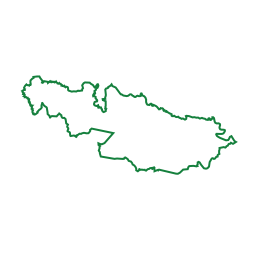 Baba, Los Rios, Ecuador (Albers equal-area conic projection), rotated 276°
{"feature_id": "8360857B87551033662534", "entity_name": "Baba", "entity_type": "district", "adm_level": 2, "iso_a3": "ECU", "parent_name": "Ecuador", "parent_adm1": "Los Rios", "projection": "albers", "projection_center": [-79.637, -1.673], "detail": "fine", "context": "isolated", "style": "outline", "palette": "green", "viewbox_px": 256, "rotation_deg": 276, "n_neighbors": 0, "source": "geoboundaries", "source_scale": "gbopen_adm2", "svg_char_len": 5859}
<svg xmlns="http://www.w3.org/2000/svg" viewBox="0 0 256 256"><g transform="rotate(276 128 128)"><path d="M158.9,21.1L157.1,20.4L156.1,20.9L155.9,21.3L155.6,21.1L155.1,21.3L154.8,20.1L154.1,19.6L154.0,19.3L153.7,19.4L153.6,19.2L153.4,19.5L152.5,19.5L152.2,19.9L151.2,20.2L151.3,20.5L150.8,20.3L150.9,21.1L150.3,21.1L150.1,21.8L149.1,21.7L148.8,21.9L148.6,21.6L148.4,22.4L147.8,22.3L148.0,23.7L147.2,24.6L147.4,25.0L146.8,25.2L146.9,25.9L146.4,26.6L145.9,26.2L145.4,26.6L144.9,26.3L144.0,26.5L144.1,27.2L143.4,27.7L142.7,27.2L142.1,27.9L141.0,28.2L141.0,28.6L140.4,28.5L139.9,28.8L139.8,29.1L140.3,29.8L140.3,30.4L139.5,29.7L138.8,30.4L138.1,30.1L137.3,30.2L137.0,30.9L136.7,30.5L136.4,31.0L135.8,31.0L135.5,31.6L134.0,31.2L132.9,31.8L132.7,32.5L132.1,32.2L131.8,32.4L131.6,33.9L132.6,35.3L133.8,36.5L134.4,36.1L136.9,37.9L137.6,38.9L139.2,40.0L139.8,40.1L140.7,39.6L141.9,39.7L143.1,40.1L144.5,39.8L141.9,41.8L141.1,42.8L140.2,44.6L139.7,45.1L135.0,46.4L133.5,46.6L131.9,48.6L130.3,49.3L130.3,49.5L131.5,50.3L131.9,51.2L132.1,55.8L134.0,57.1L134.3,57.7L135.2,58.1L133.7,60.4L132.5,60.6L131.4,61.5L131.2,62.1L131.4,63.6L130.3,65.0L126.1,66.1L125.1,67.9L123.4,67.4L122.8,67.4L121.5,68.6L120.8,68.7L119.1,68.2L118.4,68.3L117.7,70.4L117.3,70.7L114.3,71.4L114.0,71.8L114.9,75.0L114.6,75.9L114.8,76.9L114.2,77.3L114.0,76.9L113.7,77.4L114.0,77.7L115.7,78.2L115.8,78.8L117.2,80.3L117.3,82.0L117.9,82.8L118.6,84.7L118.4,87.5L118.7,89.2L119.8,90.0L121.1,90.7L122.1,90.5L123.6,91.9L121.4,113.9L110.5,106.2L109.2,103.9L109.1,102.1L109.7,100.2L108.0,100.5L107.1,102.1L106.6,101.7L104.6,101.8L102.5,101.3L101.0,102.5L99.7,102.7L96.8,103.9L95.9,117.8L96.5,120.3L96.7,126.3L96.9,126.4L97.1,127.4L98.1,127.7L98.4,128.5L97.0,131.0L95.4,132.1L94.9,134.5L93.5,135.8L92.2,136.4L91.4,138.2L89.7,139.8L88.2,140.5L86.8,140.6L86.0,142.3L87.2,143.5L88.1,143.4L88.3,143.7L87.7,145.1L88.1,146.2L87.9,147.2L88.2,149.0L87.8,149.3L87.5,150.4L89.0,151.8L89.6,153.4L90.4,154.2L90.8,156.1L90.0,156.2L89.9,156.5L91.2,157.2L91.6,158.1L91.2,158.5L89.8,158.4L89.1,158.8L87.8,158.9L89.3,161.8L89.0,162.4L89.6,162.7L89.8,163.3L87.6,180.6L87.7,182.4L89.0,184.3L92.4,187.2L93.3,191.7L95.4,192.1L96.5,192.9L97.2,197.0L97.0,200.1L97.3,200.8L97.6,200.4L98.3,200.6L98.8,201.1L101.1,200.9L101.7,201.8L101.2,202.9L99.1,204.5L95.9,207.7L95.7,209.3L95.9,210.5L96.5,211.4L98.1,212.6L102.7,212.8L106.2,214.4L106.6,214.8L106.8,215.5L106.2,216.7L106.8,217.8L108.3,218.6L109.0,220.1L110.0,219.9L110.6,220.1L111.8,221.6L112.8,221.2L114.9,221.0L116.0,221.3L117.7,221.1L119.0,225.2L118.7,226.8L119.2,227.4L120.1,227.8L120.9,229.1L122.4,229.7L122.8,230.1L122.9,231.1L124.1,231.9L123.3,233.7L123.3,234.2L125.4,236.8L126.0,235.5L126.7,234.8L130.7,231.7L129.8,230.3L127.7,229.6L126.5,228.9L126.0,226.8L127.7,220.8L128.6,218.7L129.5,217.2L130.8,216.4L131.4,216.6L131.9,221.9L132.3,223.0L132.8,223.6L134.7,224.6L135.9,224.6L136.3,223.5L136.1,221.0L136.4,219.8L137.4,219.1L138.4,218.9L140.5,219.3L141.5,219.0L142.1,217.7L141.8,215.8L142.3,214.3L143.5,213.5L146.8,212.5L147.6,211.5L147.5,210.8L146.1,211.0L145.7,210.2L144.7,209.6L144.6,209.1L145.9,208.3L146.2,207.6L145.8,207.0L144.6,207.1L144.4,206.6L144.5,204.7L145.2,203.7L145.4,201.7L145.8,200.5L144.9,198.5L145.7,196.6L145.4,195.0L145.7,192.8L145.3,191.1L146.2,187.4L146.2,184.8L145.9,184.3L144.6,185.0L143.1,184.9L142.3,183.8L143.2,181.6L142.7,180.2L143.3,179.3L143.5,178.0L144.5,176.8L144.0,175.7L144.0,174.5L145.0,172.6L144.6,172.1L144.4,170.7L144.9,170.0L146.2,170.0L146.7,168.8L146.7,168.2L147.8,166.0L148.1,164.3L148.7,164.7L148.9,164.5L148.5,163.7L149.0,162.9L148.9,162.1L149.6,162.2L149.6,161.3L150.7,161.0L151.2,160.2L151.0,159.2L151.2,158.4L150.0,157.7L149.8,156.9L152.0,154.7L152.7,153.6L153.6,151.2L152.6,150.5L152.7,149.7L153.5,149.0L154.1,149.3L154.6,148.4L154.3,147.7L153.1,146.8L153.2,144.9L154.0,144.1L155.7,143.3L158.4,143.0L159.2,142.5L160.0,142.2L161.3,140.8L161.4,140.1L162.2,138.7L163.7,138.0L163.8,137.5L162.9,137.0L161.9,137.8L161.4,137.6L161.0,136.8L160.8,135.3L161.1,134.1L160.7,133.3L159.7,132.3L159.6,131.1L160.4,130.1L160.6,129.1L161.6,128.0L161.8,127.3L161.6,126.4L160.2,125.0L159.6,123.5L159.8,120.0L160.8,118.1L160.7,117.5L161.3,116.7L167.0,111.5L168.1,108.1L169.7,107.1L168.2,106.1L166.6,104.0L166.1,104.1L165.6,103.7L164.9,102.0L163.8,101.4L158.7,102.5L157.6,102.5L155.9,102.1L154.6,102.4L154.1,99.8L153.1,100.1L152.3,103.0L147.7,103.5L146.9,103.3L146.2,103.6L145.2,103.2L144.7,103.4L144.6,104.3L143.7,104.0L142.5,104.1L141.3,102.2L141.8,101.1L143.0,100.3L143.9,100.2L144.2,99.6L145.6,99.0L145.1,96.4L145.5,96.2L145.8,96.9L146.1,97.0L146.5,96.2L147.5,95.9L146.6,94.5L146.6,94.1L147.1,92.4L147.8,91.8L148.6,91.7L150.3,92.1L151.2,93.7L151.1,94.2L151.5,94.5L152.2,94.5L152.7,94.2L154.2,92.6L155.5,92.6L156.2,91.2L155.9,90.1L156.8,89.9L157.1,90.5L157.8,90.2L158.7,90.6L158.3,91.2L158.9,91.7L160.3,91.3L160.7,90.9L161.4,90.8L162.4,92.0L164.3,92.4L164.7,93.4L166.0,93.9L167.0,94.1L168.3,93.6L168.3,93.0L165.0,91.0L164.8,90.6L167.1,88.6L168.1,86.4L169.1,85.2L168.8,80.4L167.9,79.2L165.7,78.0L162.9,79.1L161.8,78.4L160.5,78.4L159.7,75.3L159.9,74.9L159.8,74.2L158.9,72.8L158.8,70.2L158.3,68.2L159.0,65.0L159.5,64.5L161.5,64.2L162.4,63.6L162.6,62.3L162.0,61.6L163.1,60.5L162.6,60.3L163.0,59.2L162.9,58.5L163.5,58.4L163.7,57.9L163.5,57.4L164.1,57.4L164.3,56.8L164.9,56.4L164.9,55.2L165.4,54.9L164.8,54.4L164.9,53.4L165.3,53.3L165.8,52.2L166.5,51.7L166.1,51.5L166.3,50.8L166.0,50.6L166.1,50.2L165.8,50.1L166.2,49.2L165.8,48.6L166.1,47.7L165.9,47.5L166.1,47.4L165.9,47.0L166.1,46.9L166.0,46.4L166.3,46.2L165.7,45.7L166.1,45.2L164.5,43.7L165.5,43.4L165.8,39.7L164.5,39.0L164.0,38.3L164.2,37.7L165.7,38.2L168.4,35.6L170.0,34.5L169.8,32.4L168.9,28.6L168.0,28.9L166.9,27.5L165.1,26.1L163.6,26.1L161.4,26.7L160.6,26.5L160.6,25.6L159.9,25.3L160.2,24.8L160.0,24.3L160.3,22.9L160.7,22.4L158.9,21.1Z" fill="none" stroke="#15803d" stroke-width="2"/></g></svg>